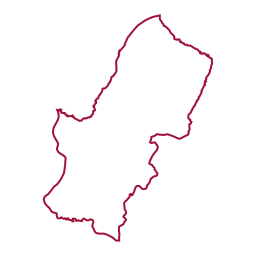 District #2, Grand Bassa, Liberia (orthographic projection)
{"feature_id": "62588387B28377115536759", "entity_name": "District #2", "entity_type": "district", "adm_level": 2, "iso_a3": "LBR", "parent_name": "Liberia", "parent_adm1": "Grand Bassa", "projection": "orthographic", "projection_center": [-9.849, 6.418], "detail": "fine", "context": "isolated", "style": "outline", "palette": "rose", "viewbox_px": 256, "rotation_deg": 0, "n_neighbors": 0, "source": "geoboundaries", "source_scale": "gbopen_adm2", "svg_char_len": 5707}
<svg xmlns="http://www.w3.org/2000/svg" viewBox="0 0 256 256"><path d="M57.9,218.2L58.6,218.3L59.7,218.4L60.6,218.1L61.2,217.4L61.7,217.5L62.2,218.1L62.8,218.4L63.9,218.8L64.5,218.4L64.9,218.3L65.4,218.4L65.7,219.1L66.0,219.5L66.4,219.5L67.2,219.2L67.5,218.5L68.0,218.3L68.4,218.6L68.8,219.5L69.1,219.9L69.7,220.0L70.5,220.1L71.5,220.3L72.6,221.4L73.4,221.2L72.7,219.7L73.0,218.6L73.4,218.6L74.4,218.9L75.2,218.8L75.8,219.4L76.1,220.6L76.4,220.9L77.0,220.8L77.8,220.3L78.7,220.3L79.5,220.8L80.5,220.9L81.0,220.9L81.9,221.1L82.2,219.9L82.8,219.3L83.6,218.6L83.8,218.7L84.8,219.1L86.2,219.9L87.3,220.4L88.9,220.2L89.0,220.2L90.4,219.3L90.5,219.3L91.4,219.5L92.6,220.1L93.2,221.0L93.3,222.6L92.6,224.4L92.3,226.4L93.5,228.4L94.2,230.4L95.4,232.3L96.5,233.1L98.0,233.5L101.1,233.7L103.7,233.6L105.5,234.1L107.6,234.9L109.5,235.8L111.1,236.8L112.7,237.5L114.4,239.1L116.1,240.6L119.2,240.5L119.1,238.2L119.4,234.2L118.9,229.8L119.0,227.7L119.1,226.6L121.0,225.5L123.2,224.5L123.9,222.8L125.0,221.2L126.1,219.8L125.5,218.6L123.4,216.8L123.8,215.7L125.6,214.1L126.2,212.2L125.4,210.4L124.6,209.0L124.4,206.1L124.1,203.4L124.8,201.8L126.6,200.3L128.3,198.3L129.4,197.2L129.7,195.9L129.6,194.8L130.3,194.1L130.8,193.9L131.7,195.3L132.3,195.2L132.9,194.3L134.6,190.4L135.0,188.6L135.6,187.4L136.4,186.4L137.4,186.0L138.6,186.0L139.6,186.2L140.6,187.2L141.9,188.6L143.5,189.2L145.7,188.7L146.4,188.1L146.8,186.9L147.0,185.5L148.1,184.4L149.7,182.2L150.2,180.4L150.9,178.8L152.6,177.4L154.7,176.1L156.1,176.0L157.1,175.2L157.5,173.5L156.4,172.0L154.6,169.4L154.5,168.0L153.3,166.8L152.3,165.2L150.9,164.5L149.3,163.5L149.7,161.3L150.8,159.1L152.1,156.4L154.3,153.1L156.6,150.6L157.4,148.8L157.9,146.9L156.9,145.0L156.0,143.9L155.1,142.4L153.2,142.6L151.3,143.0L150.0,142.3L151.3,138.8L151.4,136.9L153.0,136.4L154.3,136.1L155.6,135.1L157.2,134.1L159.7,134.7L162.2,134.8L164.7,135.0L166.2,134.3L167.6,134.3L170.0,135.1L173.7,136.4L176.7,137.9L179.4,138.8L181.0,138.3L183.6,136.8L187.0,135.2L187.7,135.1L188.4,133.8L188.8,133.3L188.7,132.9L188.6,132.6L188.4,132.2L188.6,131.2L189.3,130.4L189.7,129.3L189.5,128.5L189.5,127.6L189.2,124.9L189.5,124.1L190.9,123.4L191.0,123.1L191.0,122.6L191.4,121.8L190.7,121.5L190.3,120.9L190.2,119.9L189.9,119.9L189.5,119.3L188.8,118.7L188.2,117.5L188.4,116.2L188.5,114.9L190.9,112.5L191.0,111.7L191.6,110.6L192.0,110.3L192.4,108.9L192.5,108.8L193.2,107.8L193.5,107.0L194.2,106.3L194.7,105.9L195.4,104.1L195.9,102.7L196.7,102.0L196.7,101.3L197.0,100.7L197.4,100.0L197.8,100.0L198.6,98.5L198.8,96.9L199.7,96.2L201.6,92.2L201.4,90.9L202.2,90.3L202.3,89.3L203.9,86.1L205.0,85.1L204.4,84.1L205.2,83.2L204.8,81.9L206.1,81.3L205.5,80.3L206.2,79.3L206.3,77.4L208.8,74.3L210.0,71.5L209.8,70.4L210.8,68.5L211.3,65.4L212.2,63.8L211.9,62.9L211.9,59.0L211.1,58.4L211.0,58.1L210.1,57.8L209.7,57.7L209.3,57.2L209.0,56.4L208.3,56.5L207.5,56.3L207.0,55.7L207.1,55.3L207.7,54.9L207.2,54.7L205.9,54.7L205.5,54.2L205.0,53.6L203.8,53.2L203.1,53.4L202.6,53.9L201.4,53.5L200.1,53.3L199.9,52.8L200.7,52.1L200.5,51.8L199.0,51.2L197.5,49.4L196.4,49.3L194.3,48.1L192.6,47.0L191.0,46.1L190.5,45.5L189.8,45.6L188.9,45.6L187.9,45.6L187.3,45.0L186.9,44.6L186.3,44.7L185.3,44.9L184.5,44.5L184.1,44.0L183.9,43.3L183.5,43.2L182.7,43.2L181.9,42.6L181.7,42.1L181.3,41.7L181.1,41.8L180.8,42.1L180.4,42.1L180.2,41.9L180.2,41.6L179.8,41.1L179.7,39.9L179.2,39.4L178.5,39.4L178.0,39.6L177.0,39.8L176.7,39.4L175.5,39.4L174.5,39.0L174.2,38.3L174.3,37.6L174.2,36.9L174.3,36.4L172.9,34.8L170.7,32.9L170.0,31.5L169.4,30.3L167.8,28.6L166.6,27.4L165.5,26.7L164.9,26.0L164.0,25.9L163.4,24.3L162.4,23.3L161.7,21.8L160.2,19.8L159.9,19.0L159.8,16.2L159.8,15.4L152.6,17.0L145.5,20.2L137.8,25.5L134.4,29.2L127.7,37.6L124.9,43.8L124.7,45.3L121.4,49.3L119.9,50.3L120.1,50.4L120.0,50.9L119.6,51.3L119.5,51.2L119.2,51.4L118.8,53.1L119.1,53.3L118.6,54.0L119.0,55.0L118.6,56.5L116.8,59.6L116.5,60.6L116.1,61.3L116.5,70.2L116.4,71.1L115.8,72.4L115.2,73.4L114.5,74.4L114.3,74.4L113.5,75.5L113.5,75.8L113.2,75.8L112.3,76.6L111.5,77.1L111.2,78.0L111.3,78.2L111.1,78.6L111.1,79.1L110.7,80.6L110.0,81.6L110.0,82.4L109.2,82.8L108.5,83.8L108.4,84.5L107.7,85.7L105.5,88.0L105.0,88.3L102.9,88.6L102.6,88.7L102.5,89.0L102.2,91.2L100.7,93.5L100.4,94.1L99.5,94.9L99.5,95.5L99.0,95.8L98.7,96.1L98.4,97.9L97.9,98.5L96.7,98.8L96.3,99.5L96.0,99.7L95.8,100.6L95.3,101.0L95.4,101.5L96.1,101.7L96.2,102.2L96.0,103.3L95.2,103.7L94.8,104.2L94.6,104.9L94.2,105.6L93.6,105.8L93.3,106.1L93.4,106.8L94.2,107.3L94.6,108.4L94.9,109.4L94.9,110.4L94.6,110.6L93.8,110.6L93.3,111.0L93.1,112.0L93.1,113.3L92.7,114.0L92.5,114.6L91.4,115.3L91.5,115.9L91.2,116.6L90.2,117.0L89.7,117.0L89.3,117.5L88.1,117.4L87.5,117.7L87.0,118.2L86.1,118.4L85.7,118.2L85.1,118.5L84.5,118.5L84.1,118.2L82.3,119.4L81.9,120.3L81.3,120.7L80.1,120.7L79.5,120.9L78.5,120.3L78.1,120.1L74.6,118.3L73.3,117.2L73.7,116.9L72.5,115.4L71.8,115.8L71.6,116.3L70.7,116.2L68.8,116.1L67.9,116.4L67.8,116.2L67.0,115.9L67.3,115.4L66.9,114.9L65.6,114.7L65.1,114.0L65.0,113.2L64.6,112.9L64.0,113.0L63.9,113.3L61.5,112.6L61.2,112.5L61.2,111.5L61.2,110.0L60.4,110.4L60.5,109.7L60.1,109.4L59.3,109.9L58.5,110.2L57.2,109.9L58.4,112.9L58.7,116.7L58.0,119.5L55.4,124.5L53.8,127.4L53.2,129.6L53.1,131.0L53.0,132.9L54.1,136.4L54.8,137.6L56.5,140.6L57.6,142.4L58.2,144.0L57.5,146.6L57.0,148.4L56.9,149.3L57.5,150.5L58.4,152.1L60.8,153.9L63.3,155.3L64.5,156.4L65.4,157.4L65.6,159.2L65.4,160.5L65.2,164.3L64.3,171.2L63.8,173.4L61.3,178.5L58.6,182.5L57.0,184.4L53.9,186.8L50.7,191.1L48.5,193.8L45.4,196.1L44.2,197.8L43.8,199.1L44.2,201.1L44.8,202.9L45.7,204.3L47.3,206.1L48.9,207.4L49.8,208.7L51.3,211.2L52.9,212.4L55.2,212.9L56.6,213.4L56.9,214.1L56.6,215.1L57.2,217.4L57.9,218.2Z" fill="none" stroke="#9f1239" stroke-width="2"/></svg>